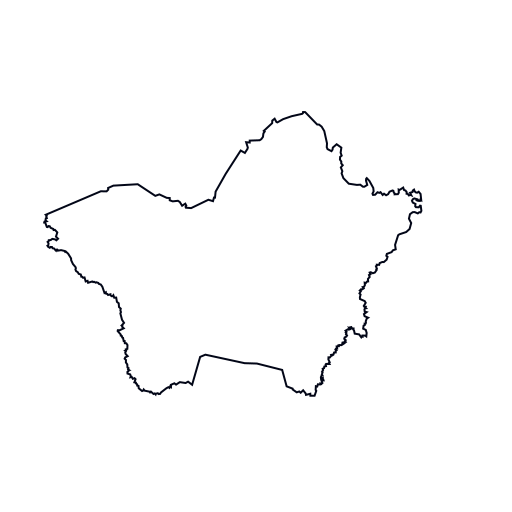 outline of Chiang Yuen, Maha Sarakham, Thailand, rotated 147°
{"feature_id": "78962969B29991085586419", "entity_name": "Chiang Yuen", "entity_type": "district", "adm_level": 2, "iso_a3": "THA", "parent_name": "Thailand", "parent_adm1": "Maha Sarakham", "projection": "orthographic", "projection_center": [103.106, 16.417], "detail": "fine", "context": "isolated", "style": "outline", "palette": "ink", "viewbox_px": 512, "rotation_deg": 147, "n_neighbors": 0, "source": "geoboundaries", "source_scale": "gbopen_adm2", "svg_char_len": 6124}
<svg xmlns="http://www.w3.org/2000/svg" viewBox="0 0 512 512"><g transform="rotate(147 256 256)"><path d="M411.5,192.6L410.1,193.3L403.1,193.9L400.9,193.7L400.4,192.5L398.7,193.6L398.5,192.7L397.5,194.3L393.8,193.7L393.1,191.7L388.6,191.7L384.2,187.8L381.4,187.6L379.7,182.8L357.8,201.8L352.2,200.8L323.9,172.3L313.8,165.3L296.1,146.2L301.3,130.0L297.5,124.8L297.9,124.0L296.1,119.5L293.5,118.8L293.0,117.0L289.6,117.7L289.2,113.6L289.7,112.3L285.5,110.9L286.5,109.2L283.0,106.9L278.9,110.1L278.9,111.2L276.7,114.2L275.7,113.2L274.0,114.7L272.2,113.3L271.5,113.1L271.3,114.0L270.2,113.2L269.5,113.3L268.9,116.1L267.1,114.9L266.9,115.6L267.5,115.9L266.9,116.7L268.2,116.3L268.2,117.9L267.8,118.6L267.1,118.4L267.3,119.2L266.6,119.7L265.3,119.8L265.5,120.6L263.5,122.2L263.7,122.9L261.9,123.8L261.5,125.1L260.0,124.9L258.9,126.1L257.3,125.5L256.7,127.1L256.0,127.3L253.2,125.4L253.1,126.6L252.1,126.7L251.6,129.9L250.4,131.5L249.5,130.7L246.9,131.4L246.8,132.1L245.8,131.7L245.8,131.1L244.8,131.1L243.1,132.5L241.7,131.7L241.0,132.9L239.8,133.1L240.2,134.4L239.1,134.8L238.3,134.3L237.6,136.2L235.8,135.3L235.6,136.2L234.7,136.0L232.9,134.7L230.5,134.7L231.4,135.5L230.6,136.3L227.6,135.1L227.6,136.3L226.6,136.6L227.1,138.5L226.0,139.4L224.1,139.2L222.9,139.8L223.2,141.3L222.5,141.7L222.4,143.0L221.4,143.1L221.6,144.6L218.8,144.5L218.3,143.7L217.1,143.4L217.0,144.9L216.3,144.0L215.9,144.9L214.8,144.5L214.9,143.1L213.7,142.1L214.5,141.4L214.3,140.3L215.5,137.1L212.2,134.1L212.0,130.5L211.1,130.9L210.6,130.3L210.0,131.3L207.8,129.8L207.3,128.5L205.1,131.2L204.2,134.2L205.7,136.7L203.7,139.0L202.3,138.9L201.7,140.1L201.0,139.6L200.2,140.1L199.5,141.5L197.2,143.2L195.6,143.2L197.7,146.4L197.1,148.5L193.8,148.7L195.1,150.2L194.1,152.2L193.0,152.7L192.2,152.3L192.4,153.3L191.7,153.7L192.8,154.5L192.8,155.4L189.5,157.0L189.4,159.0L192.2,163.3L191.3,164.9L189.3,166.7L189.6,168.3L187.2,169.4L187.7,170.5L186.0,170.9L185.2,170.2L183.3,170.2L183.4,171.8L182.1,171.4L180.6,172.2L179.4,174.4L178.7,173.5L176.9,174.1L175.8,173.6L174.6,175.8L172.1,176.5L171.6,178.5L170.0,178.3L169.7,180.2L168.6,179.9L167.4,177.9L165.3,177.4L162.4,178.6L162.4,179.3L161.5,179.6L161.0,182.1L159.8,182.2L159.4,182.9L157.5,181.5L156.1,182.7L153.4,182.2L152.1,181.3L148.4,181.8L146.1,183.7L146.6,185.2L145.1,186.5L140.2,185.4L138.1,186.2L135.2,185.5L133.3,189.6L125.5,196.0L123.9,196.1L117.0,194.3L112.5,195.0L107.9,199.1L107.4,204.0L104.1,207.2L100.7,207.4L99.0,206.4L97.1,203.6L95.2,203.8L94.3,202.9L92.7,203.8L90.5,208.4L91.0,208.9L93.0,208.2L95.3,209.9L95.4,211.0L93.9,212.8L95.4,215.4L95.1,217.4L93.5,218.2L91.8,218.0L90.3,216.2L91.0,215.4L90.5,214.6L89.6,214.9L89.5,213.6L88.5,212.9L87.6,213.7L87.1,212.7L84.2,218.4L84.6,221.3L86.3,221.3L87.3,222.2L87.7,223.7L87.3,225.6L88.8,225.5L89.9,224.4L92.4,225.1L92.7,222.4L93.2,223.2L94.8,223.5L94.9,225.5L95.8,226.2L94.8,227.7L95.0,229.6L95.9,230.6L95.3,233.2L99.7,233.2L100.2,234.0L101.8,231.3L103.3,230.6L106.1,232.2L105.6,232.8L105.9,234.1L105.3,235.9L105.8,236.6L109.0,237.2L111.5,235.9L113.8,236.1L114.7,238.5L116.5,238.2L116.8,241.7L118.2,241.8L119.4,243.3L122.7,242.5L124.6,243.5L124.4,244.8L122.1,246.2L120.6,249.2L120.0,257.1L120.7,261.0L121.5,260.8L122.7,259.3L124.0,255.0L127.4,255.1L128.6,255.9L129.7,259.0L132.7,260.7L138.8,266.1L140.3,273.7L139.2,278.7L137.4,280.1L136.6,284.1L133.8,284.9L134.1,287.2L133.0,288.8L133.1,291.1L131.5,293.3L129.5,293.5L128.8,296.5L125.4,300.4L127.5,305.8L132.5,305.1L133.9,303.5L135.6,302.8L137.8,306.7L137.4,308.7L135.1,311.8L130.7,323.6L130.5,328.7L131.5,331.8L133.1,333.0L136.4,349.9L138.1,351.1L138.9,350.2L139.9,350.1L149.9,353.8L158.7,356.0L165.3,356.4L165.9,357.2L165.6,361.0L168.6,360.7L170.1,358.6L181.3,356.7L181.0,355.6L183.0,354.8L185.3,352.1L187.9,351.1L189.9,351.1L198.4,356.2L199.5,354.6L202.3,356.8L203.8,351.4L204.8,350.5L209.2,348.5L211.4,352.8L236.5,341.5L254.8,332.0L258.6,327.3L259.4,327.9L262.2,325.4L265.3,329.1L284.3,331.5L288.5,334.7L288.3,335.6L287.0,336.2L286.8,338.4L290.6,338.4L290.5,342.8L291.4,344.8L296.1,347.2L298.0,349.7L296.8,351.6L299.2,353.4L303.5,360.3L307.7,361.3L316.1,380.6L337.3,392.7L343.0,393.6L343.8,392.1L346.1,391.6L350.9,394.8L409.9,405.1L409.6,403.7L410.4,403.3L410.8,401.7L411.8,402.0L413.1,400.6L412.7,399.2L414.7,400.0L415.4,399.4L414.6,398.7L415.6,394.3L415.0,393.7L413.7,394.1L412.8,393.3L412.9,391.5L411.3,389.1L411.6,388.0L410.4,387.4L409.8,384.0L413.2,381.2L412.6,378.3L414.9,377.9L415.4,379.3L417.5,381.3L419.5,381.2L421.2,382.1L421.8,381.4L423.1,381.3L423.1,379.6L424.6,377.9L425.3,378.1L425.4,377.2L424.5,375.2L423.4,375.5L422.2,374.6L422.4,373.3L421.2,372.2L421.0,369.8L420.1,369.9L420.1,368.9L419.1,369.3L418.8,368.2L416.3,367.1L413.9,364.6L413.8,363.4L413.1,363.5L412.3,360.2L412.4,354.7L413.3,353.2L413.9,349.0L413.4,345.1L413.7,343.9L414.8,343.0L415.1,341.3L414.3,339.5L414.4,337.6L413.0,335.9L413.8,333.8L413.0,333.2L412.9,331.9L411.5,331.4L412.7,327.4L410.8,326.9L411.4,325.0L407.2,323.8L406.8,322.8L405.9,322.6L404.9,320.9L404.2,320.9L402.9,319.3L403.0,318.3L401.7,316.6L401.6,313.9L403.2,307.5L401.7,307.4L402.3,306.2L401.4,305.2L401.3,303.9L399.0,303.2L399.4,302.6L399.0,300.9L398.2,300.4L397.0,300.8L397.6,298.2L395.9,297.3L397.6,293.3L396.9,291.1L398.7,287.8L398.1,285.5L399.3,284.4L399.8,282.5L401.0,281.8L403.1,275.5L403.1,271.8L406.5,270.9L406.1,270.2L406.8,269.5L406.3,267.4L410.8,268.0L412.3,269.0L412.9,268.4L412.2,263.8L412.8,262.9L412.1,262.0L412.6,260.5L412.1,259.8L413.3,256.7L412.5,256.2L413.5,254.3L412.3,253.4L412.3,251.3L414.5,248.2L416.0,248.6L416.3,247.6L417.2,247.8L416.9,247.0L418.2,246.3L418.7,244.9L418.2,241.9L420.9,242.2L422.1,241.4L421.7,239.6L423.1,237.6L423.0,235.2L424.5,232.5L424.0,231.4L425.0,230.7L424.6,229.6L425.2,229.9L425.7,228.9L427.0,228.8L427.8,227.4L426.0,225.2L426.5,223.3L427.3,222.7L426.1,222.3L426.2,220.1L424.4,219.7L424.1,218.3L426.8,216.3L425.7,215.2L426.1,214.5L425.6,213.1L426.2,212.0L425.3,211.1L426.4,208.9L425.1,204.8L424.0,204.6L422.9,205.2L422.8,203.8L419.1,200.1L419.1,199.3L418.0,199.5L417.1,196.1L415.8,195.9L415.6,194.7L415.2,195.1L413.1,194.4L412.8,193.2L411.5,192.6Z" fill="none" stroke="#020617" stroke-width="2"/></g></svg>